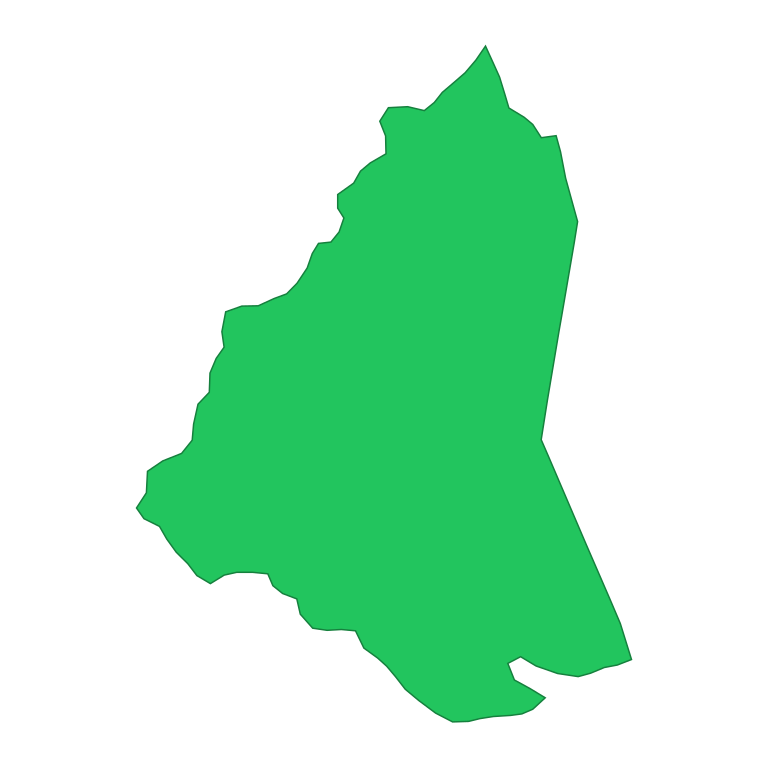 the district of Rodeio, Santa Catarina, Brazil
{"feature_id": "56859067B58169582692874", "entity_name": "Rodeio", "entity_type": "district", "adm_level": 2, "iso_a3": "BRA", "parent_name": "Brazil", "parent_adm1": "Santa Catarina", "projection": "robinson", "projection_center": [-49.356, -26.886], "detail": "fine", "context": "isolated", "style": "filled", "palette": "green", "viewbox_px": 768, "rotation_deg": 0, "n_neighbors": 0, "source": "geoboundaries", "source_scale": "gbopen_adm2", "svg_char_len": 1432}
<svg xmlns="http://www.w3.org/2000/svg" viewBox="0 0 768 768"><path d="M545.2,697.8L530.4,688.8L514.4,680.0L507.8,663.4L520.6,656.7L536.1,666.0L557.6,673.5L578.2,676.6L590.6,673.2L604.3,667.5L617.4,665.0L631.5,659.5L620.3,623.5L610.5,600.5L602.1,581.1L586.2,544.5L549.2,458.1L541.2,439.7L547.4,400.3L559.0,331.2L561.6,316.4L574.2,242.9L577.6,221.6L565.6,178.1L560.5,151.7L556.1,135.7L541.3,137.7L532.8,124.5L524.2,117.3L508.9,108.0L504.9,94.5L499.6,77.2L493.4,63.4L485.5,46.1L475.9,60.1L465.1,72.8L453.8,82.6L442.3,92.4L434.3,102.5L424.3,110.6L407.7,106.7L388.4,107.7L379.8,121.2L385.6,135.9L386.0,153.8L370.3,162.9L360.5,171.1L353.7,183.1L337.7,194.5L337.7,208.2L343.9,218.0L339.1,232.0L330.9,242.1L318.5,243.4L312.3,253.5L307.2,268.0L297.0,283.3L286.6,293.9L274.2,298.5L258.2,305.8L241.8,306.1L225.7,311.8L221.9,331.7L224.1,347.2L216.2,358.4L210.0,373.1L209.3,392.3L198.0,404.2L193.6,424.1L192.2,440.2L181.6,453.4L162.8,460.9L147.5,471.3L146.4,492.8L136.5,508.0L144.0,518.7L159.5,526.4L166.8,539.1L176.3,552.3L187.8,563.7L196.9,575.6L210.4,583.6L224.2,575.1L236.8,572.3L252.5,572.3L267.8,573.8L272.9,585.7L282.6,593.5L296.8,598.9L300.3,614.2L312.7,628.2L327.1,630.3L341.3,629.5L355.5,630.8L363.9,648.1L377.6,658.0L386.7,666.2L395.7,676.9L405.3,689.3L419.0,700.7L435.6,713.1L452.6,721.9L468.6,721.4L479.9,718.6L493.4,716.5L510.7,715.4L521.9,713.9L532.8,709.2L545.2,697.8Z" fill="#22c55e" stroke="#15803d" stroke-width="1.5"/></svg>